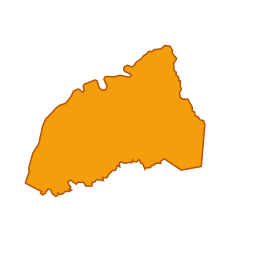 outline of Inarajan, Guam, rotated 199°
{"feature_id": "77769853B63444042999452", "entity_name": "Inarajan", "entity_type": "district", "adm_level": 2, "iso_a3": "GUM", "parent_name": "Guam", "parent_adm1": "", "projection": "mercator", "projection_center": [144.738, 13.293], "detail": "fine", "context": "isolated", "style": "filled", "palette": "amber", "viewbox_px": 256, "rotation_deg": 199, "n_neighbors": 0, "source": "geoboundaries", "source_scale": "gbopen_adm2", "svg_char_len": 1906}
<svg xmlns="http://www.w3.org/2000/svg" viewBox="0 0 256 256"><g transform="rotate(199 128 128)"><path d="M46.2,115.5L56.4,156.2L58.9,159.6L62.6,159.1L65.0,161.2L68.6,161.7L70.2,164.8L72.8,165.0L74.1,168.7L81.0,174.8L85.2,173.2L88.3,173.7L90.8,178.1L90.2,182.2L92.1,184.5L93.8,189.6L95.3,189.1L96.8,192.6L100.1,194.1L100.5,196.4L103.2,197.5L105.9,203.8L104.5,209.4L106.9,211.0L107.9,211.3L110.8,213.6L111.1,215.7L114.7,219.0L120.2,218.0L122.5,213.6L128.8,210.6L130.3,207.9L132.7,207.6L133.7,206.5L134.9,203.7L136.7,201.6L138.0,197.9L141.7,192.9L143.0,188.2L143.9,187.3L144.8,187.1L145.4,187.0L149.2,187.0L151.1,185.0L151.5,183.0L150.8,181.5L149.6,180.5L143.5,179.7L142.2,179.1L142.4,177.3L144.1,176.2L145.8,176.0L152.8,175.2L157.5,172.0L164.8,169.9L166.6,168.4L166.6,166.2L161.4,160.7L161.6,156.9L163.7,155.6L166.1,155.7L168.5,156.9L172.8,162.6L174.8,162.7L183.6,155.2L183.9,152.8L181.7,149.1L181.9,147.7L182.0,147.7L183.8,147.2L186.3,148.7L188.2,148.4L191.5,145.0L192.1,140.0L192.3,138.7L193.9,133.8L194.1,133.4L195.5,130.6L197.3,129.3L200.0,127.2L202.9,122.7L204.7,118.1L208.8,109.5L209.3,101.7L208.6,96.8L208.4,93.6L207.2,84.6L208.2,80.0L209.8,73.1L209.3,65.3L209.0,58.8L207.1,53.7L207.3,47.1L207.2,44.2L207.1,42.5L188.9,39.7L189.5,37.8L186.8,37.0L185.2,38.8L183.8,44.2L181.2,44.5L178.3,41.3L174.0,39.8L172.5,41.2L173.1,43.8L171.0,42.9L168.4,44.3L166.7,47.5L162.9,48.9L161.2,51.0L163.8,50.9L162.8,53.2L167.4,57.2L165.3,60.0L158.6,58.0L157.9,60.2L152.5,62.2L148.9,59.3L143.1,61.4L144.4,64.3L141.8,66.3L140.9,69.1L134.2,70.3L135.8,73.1L131.8,73.9L130.8,78.7L128.9,82.6L125.9,84.2L125.8,89.1L123.1,88.5L124.8,91.8L123.8,93.7L119.8,93.4L115.1,96.2L113.2,96.2L113.0,99.2L111.8,98.0L108.7,98.7L107.2,101.8L104.7,99.1L102.7,99.0L98.4,94.5L98.1,96.1L93.7,97.9L94.1,99.2L90.6,102.4L90.7,103.7L85.6,105.2L86.4,106.9L83.7,110.7L64.0,105.5L46.2,115.5Z" fill="#f59e0b" stroke="#b45309" stroke-width="1.5"/></g></svg>